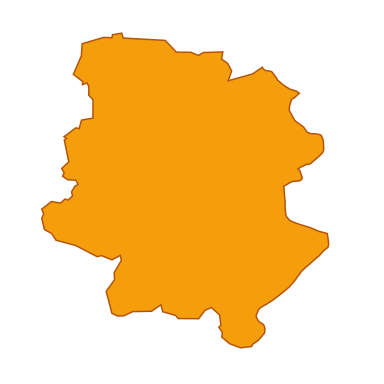 Staro Nagorichane, Staro Nagoričane, North Macedonia, rotated 101°
{"feature_id": "65306769B92481103020830", "entity_name": "Staro Nagorichane", "entity_type": "district", "adm_level": 2, "iso_a3": "MKD", "parent_name": "North Macedonia", "parent_adm1": "Staro Nagoričane", "projection": "orthographic", "projection_center": [21.915, 42.232], "detail": "fine", "context": "isolated", "style": "filled", "palette": "amber", "viewbox_px": 384, "rotation_deg": 101, "n_neighbors": 0, "source": "geoboundaries", "source_scale": "gbopen_adm2", "svg_char_len": 2318}
<svg xmlns="http://www.w3.org/2000/svg" viewBox="0 0 384 384"><g transform="rotate(101 192 192)"><path d="M305.9,257.3L326.4,247.4L327.9,241.7L326.6,235.3L320.7,227.3L316.8,209.0L308.6,201.0L315.1,197.9L316.3,184.6L318.9,181.5L315.1,161.3L305.7,156.6L301.7,151.0L307.4,141.5L317.3,138.2L319.6,139.9L324.1,135.4L328.7,135.1L333.7,126.2L335.7,114.7L332.2,103.8L330.2,103.6L324.9,98.5L316.7,93.9L312.6,94.2L311.2,94.8L309.2,95.9L307.8,97.8L307.5,98.9L307.0,100.2L306.4,101.4L305.4,102.6L303.0,104.6L301.0,105.5L294.6,104.2L292.8,103.0L290.5,100.5L288.7,98.3L283.6,92.9L276.6,86.6L270.2,81.2L266.8,78.5L258.6,73.8L254.1,71.8L248.7,69.2L244.6,66.3L242.0,64.1L239.4,62.1L237.5,60.7L235.6,59.3L230.2,54.9L224.5,51.5L220.4,48.0L217.3,47.8L213.7,48.9L207.0,51.3L206.8,52.9L206.4,59.7L204.3,69.8L203.4,79.0L202.5,85.5L201.3,90.5L200.6,91.5L198.3,94.4L197.1,95.2L194.9,96.1L193.4,96.5L188.8,97.8L185.9,98.4L184.4,98.6L178.8,100.2L173.8,101.6L168.9,103.0L165.7,99.4L163.7,97.0L162.1,94.5L161.5,91.7L161.1,90.6L160.1,87.8L158.4,86.7L157.2,86.4L154.1,88.1L150.3,90.3L149.2,92.4L146.0,89.0L143.0,84.7L142.5,82.5L141.5,81.1L135.0,75.8L131.7,73.4L128.8,71.5L127.5,71.0L125.1,70.8L123.3,71.2L119.8,72.0L115.5,73.4L111.8,75.9L111.3,77.3L111.2,78.7L111.5,83.5L112.1,86.7L111.1,90.7L106.8,95.0L103.6,102.0L103.3,102.8L102.1,104.7L101.5,105.4L93.7,111.8L92.7,112.2L89.5,112.6L83.3,112.1L82.6,111.9L81.4,111.4L80.7,110.3L80.1,109.7L79.1,108.8L74.5,105.5L73.0,109.0L72.5,115.2L69.9,122.0L65.9,129.3L65.3,129.9L64.1,130.6L58.6,136.8L58.6,143.9L56.6,146.6L56.2,146.8L64.5,155.0L75.9,177.7L65.6,176.2L58.8,181.7L56.0,188.3L48.6,188.5L52.9,207.4L56.6,211.8L55.1,219.9L57.7,234.0L48.3,247.3L54.0,288.9L49.5,291.3L52.8,300.1L55.8,300.0L57.1,308.2L67.4,328.1L79.6,326.6L99.1,330.9L104.5,320.3L107.5,320.0L105.0,315.9L108.2,313.4L116.7,311.8L120.2,306.8L138.4,303.4L142.5,314.2L151.3,314.9L151.2,318.3L162.2,328.2L163.2,325.5L165.3,327.3L186.0,318.7L193.8,324.4L197.5,321.2L201.2,322.1L203.7,316.2L202.6,308.1L206.5,305.3L208.5,308.0L214.8,310.2L218.8,308.6L223.6,312.2L223.1,315.3L227.9,318.9L228.2,328.2L237.5,336.2L241.9,333.4L246.4,334.5L257.0,329.7L259.5,321.9L265.3,316.3L266.7,296.1L273.6,272.8L271.7,268.7L273.9,257.7L267.9,250.3L272.6,248.3L286.0,253.0L292.9,251.3L305.9,257.3Z" fill="#f59e0b" stroke="#b45309" stroke-width="1.5"/></g></svg>